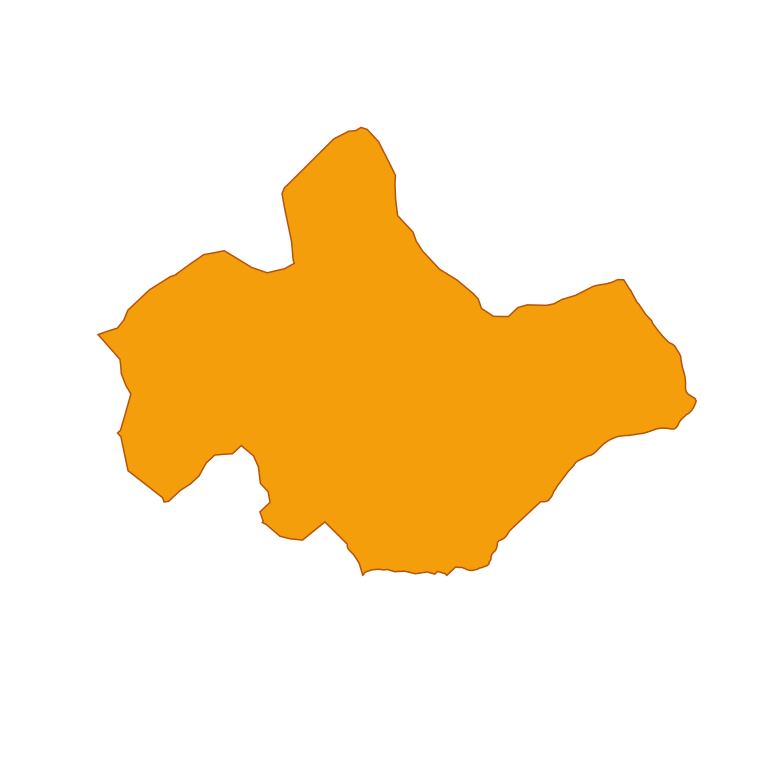 Ar Radmah, Ibb, Yemen, rotated 317°
{"feature_id": "15242507B58608751958716", "entity_name": "Ar Radmah", "entity_type": "district", "adm_level": 2, "iso_a3": "YEM", "parent_name": "Yemen", "parent_adm1": "Ibb", "projection": "natural_earth1", "projection_center": [44.57, 14.211], "detail": "fine", "context": "isolated", "style": "filled", "palette": "amber", "viewbox_px": 768, "rotation_deg": 317, "n_neighbors": 0, "source": "geoboundaries", "source_scale": "gbopen_adm2", "svg_char_len": 4659}
<svg xmlns="http://www.w3.org/2000/svg" viewBox="0 0 768 768"><g transform="rotate(317 384 384)"><path d="M137.6,273.0L138.5,277.7L139.3,282.9L140.5,290.6L141.2,294.9L142.9,305.5L144.5,316.1L142.7,320.4L146.5,322.9L162.4,322.9L169.7,324.2L174.2,325.1L182.9,325.1L184.6,325.1L186.1,325.1L190.5,323.6L198.1,321.1L198.5,321.0L200.0,320.5L207.4,320.5L211.8,320.5L212.3,320.9L216.0,323.9L217.0,324.7L220.1,327.1L225.7,331.7L226.8,331.7L235.1,331.7L237.6,331.7L238.4,338.2L238.6,339.7L239.1,343.3L239.6,347.5L238.0,352.1L236.0,358.0L235.7,358.9L234.6,360.4L225.9,372.3L225.8,372.5L225.8,382.9L225.8,383.8L223.8,386.8L222.9,388.3L219.9,392.8L208.1,392.9L206.8,392.9L206.0,392.9L205.9,393.3L202.1,401.9L200.5,402.3L202.1,406.4L203.1,415.7L203.7,420.6L203.8,421.8L203.9,422.3L204.1,424.5L210.1,433.6L211.1,434.7L218.0,442.6L224.1,443.0L246.7,444.6L247.1,454.5L247.5,464.2L247.7,469.0L247.9,476.2L246.5,477.6L245.6,479.1L245.3,481.1L245.3,483.5L245.4,488.4L244.5,493.6L243.5,498.5L242.0,501.5L238.0,509.3L238.8,509.4L241.2,508.8L243.7,509.4L245.9,510.6L248.2,511.5L250.4,513.2L252.5,514.8L254.5,516.6L256.1,518.8L258.1,520.6L259.9,521.9L260.3,522.5L263.7,528.4L271.6,535.2L272.6,536.7L277.6,544.2L287.5,551.0L291.2,557.3L291.5,557.7L293.7,557.7L295.4,557.7L299.4,564.5L299.4,566.8L311.7,566.7L312.1,567.3L313.7,569.3L315.8,571.2L317.0,573.6L318.0,576.2L319.6,578.7L321.3,580.5L323.8,581.9L326.0,583.2L328.4,583.8L330.5,585.1L333.0,586.0L335.3,587.1L337.7,587.2L339.7,586.0L340.0,585.9L342.5,585.2L343.5,584.3L344.5,583.4L346.6,582.1L349.1,581.8L351.6,581.8L354.1,581.0L356.4,579.5L358.6,577.5L360.8,577.0L361.3,577.0L363.6,578.0L363.8,578.0L364.5,578.2L366.0,578.6L368.5,578.6L369.5,578.5L370.9,578.3L373.3,577.6L375.6,577.1L376.4,577.0L386.7,576.9L394.4,576.9L395.6,576.9L399.3,576.9L403.3,576.9L407.9,576.9L414.2,576.9L416.2,576.9L418.0,576.9L418.8,577.3L420.6,579.2L422.7,580.6L423.1,580.7L423.6,580.9L425.0,581.3L427.5,580.9L430.1,580.5L432.8,579.4L435.2,578.3L437.6,577.9L440.1,577.1L441.2,576.8L457.9,573.8L459.2,573.6L467.6,573.0L468.2,572.7L470.4,572.2L472.9,572.3L475.2,573.0L478.0,573.9L480.3,574.5L482.5,575.3L484.8,576.1L487.1,577.3L489.6,577.8L492.4,578.0L494.6,577.9L496.9,577.8L499.1,577.7L501.4,577.7L503.9,577.6L506.1,577.9L508.9,578.3L512.0,579.1L514.4,579.9L516.7,580.8L519.2,581.9L521.5,583.5L523.4,584.8L525.8,586.7L527.8,588.4L529.7,589.7L531.9,591.3L533.9,592.6L536.4,594.3L538.5,595.9L540.7,597.2L542.9,598.4L545.7,599.7L548.0,600.7L550.4,601.7L552.7,602.7L554.9,604.1L556.8,605.5L558.6,607.2L560.4,609.0L562.2,611.2L563.7,613.2L565.6,614.8L567.8,615.2L570.3,614.8L572.6,613.8L574.7,613.1L577.3,612.7L579.5,612.6L582.3,612.7L584.7,612.7L587.0,613.3L589.4,613.2L591.9,613.0L594.1,612.3L595.4,611.9L596.3,611.5L598.7,610.5L600.8,609.2L601.6,606.7L600.9,604.2L600.3,601.7L599.6,599.3L599.6,596.6L600.5,594.2L602.1,592.2L604.0,590.2L605.7,588.4L607.3,586.3L608.1,585.2L608.8,584.4L610.1,582.1L611.4,579.8L612.6,577.3L614.0,574.7L615.8,571.8L617.9,568.6L619.8,566.2L620.6,563.7L621.3,560.9L621.7,558.1L622.4,555.4L622.4,552.8L621.7,550.4L620.6,547.9L620.6,545.3L620.4,542.0L620.4,539.5L620.6,536.7L620.7,533.3L621.3,527.7L621.9,522.6L622.9,520.5L622.9,511.1L624.0,504.3L624.8,499.5L624.8,496.7L627.1,487.8L628.2,484.0L628.4,481.3L630.0,473.4L630.4,471.3L626.5,467.4L624.2,466.3L621.8,465.7L619.6,464.8L617.4,463.6L614.9,462.4L613.9,461.7L612.7,460.9L610.4,459.2L608.0,457.7L605.6,456.3L603.4,455.2L584.3,449.7L571.9,443.6L562.9,441.2L556.5,437.3L552.1,433.0L542.7,423.8L534.1,419.4L520.9,419.5L517.7,416.3L516.4,415.2L513.0,411.9L510.2,409.1L506.8,395.0L509.6,389.1L510.0,388.2L510.9,386.2L510.9,378.6L510.1,371.9L509.7,368.9L508.3,357.6L508.2,357.5L504.4,343.5L502.9,337.9L502.9,313.0L503.9,307.5L504.9,301.7L505.8,299.6L508.8,292.7L508.8,270.1L518.7,256.5L528.5,245.1L534.6,239.3L536.4,233.5L537.9,228.5L545.3,203.1L545.3,186.4L545.3,186.2L544.7,185.2L542.2,180.7L536.4,179.5L533.4,177.3L530.4,175.0L519.7,172.0L514.6,170.5L514.4,170.5L498.6,171.0L483.5,171.5L472.4,171.9L468.8,172.0L444.8,172.7L439.3,175.2L431.6,187.0L413.8,216.4L401.8,231.8L400.7,234.6L389.9,231.9L383.8,228.4L382.5,227.6L374.4,223.0L366.8,208.7L358.1,177.7L357.7,177.4L346.6,170.4L340.3,166.4L327.8,164.6L324.4,164.1L320.8,163.7L306.6,161.9L306.4,162.3L302.0,160.3L300.7,159.7L296.4,158.9L282.1,156.2L276.9,155.2L273.6,155.2L267.0,155.2L257.1,155.3L247.2,155.3L244.7,156.4L237.3,159.8L236.2,160.0L227.0,161.3L221.4,158.5L208.6,152.8L208.1,173.1L207.7,185.8L207.5,186.1L203.7,191.4L198.9,197.3L194.2,209.2L192.1,218.7L180.0,226.0L175.2,228.9L159.8,238.1L157.5,238.1L155.7,238.1L155.6,241.4L155.6,243.1L137.6,273.0Z" fill="#f59e0b" stroke="#b45309" stroke-width="1.5"/></g></svg>